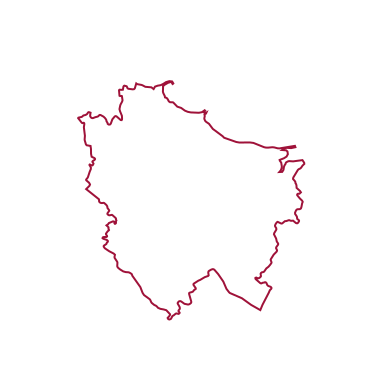 the border of Zaporizhzhya, rotated 226°
{"feature_id": "UKR-331", "entity_name": "Zaporizhzhya", "entity_type": "Region", "adm_level": 1, "iso_a3": "UKR", "parent_name": "Ukraine", "parent_adm1": "", "projection": "equal_earth", "projection_center": [35.703, 47.193], "detail": "fine", "context": "isolated", "style": "outline", "palette": "rose", "viewbox_px": 384, "rotation_deg": 226, "n_neighbors": 0, "source": "natural_earth", "source_scale": "10m", "svg_char_len": 6032}
<svg xmlns="http://www.w3.org/2000/svg" viewBox="0 0 384 384"><g transform="rotate(226 192 192)"><path d="M208.7,252.8L197.2,258.6L194.6,260.5L187.5,268.0L184.6,270.3L174.1,275.0L172.5,276.1L171.1,277.5L168.4,280.9L167.0,282.1L163.9,284.0L162.6,285.2L153.7,298.1L152.4,297.5L154.7,293.8L158.0,290.8L159.2,288.9L159.6,286.0L156.5,288.7L154.8,288.8L152.6,287.2L151.8,284.6L152.4,281.6L154.2,277.3L153.5,276.9L151.2,276.6L148.0,274.4L146.8,272.9L145.9,270.8L145.7,268.7L143.8,270.9L144.4,273.2L146.0,275.3L146.9,277.0L147.1,278.4L147.6,279.3L147.9,280.2L147.5,282.0L146.8,283.3L143.8,286.0L138.2,293.6L135.1,293.0L134.2,292.3L134.2,289.8L133.7,287.5L133.7,286.3L134.3,284.5L134.3,283.4L132.1,275.1L131.6,274.2L131.1,273.7L128.6,273.6L127.6,273.4L126.3,272.5L125.5,272.4L124.3,271.8L122.3,270.1L117.7,270.4L116.1,270.1L116.1,268.3L116.2,268.0L117.1,267.1L117.2,266.7L117.2,266.0L116.5,265.4L112.3,265.1L109.3,265.2L108.0,264.8L107.3,263.3L105.2,260.3L104.5,258.9L104.8,257.6L106.4,255.8L106.6,254.9L106.4,253.8L105.5,251.7L104.5,250.9L102.5,250.6L101.2,250.2L99.7,249.1L99.2,249.0L97.8,249.3L96.9,249.0L96.6,248.6L96.2,247.0L96.3,246.2L96.5,245.8L97.5,245.2L101.2,244.8L102.5,243.2L104.3,242.3L104.7,241.6L105.5,239.8L106.5,238.5L106.7,235.5L106.9,234.7L107.5,234.2L111.0,232.9L111.2,232.4L111.2,231.5L110.8,229.7L110.2,228.4L109.5,227.9L107.5,227.5L106.5,226.7L106.3,226.3L105.3,222.6L104.7,221.6L100.1,220.2L97.5,218.6L95.3,218.2L94.7,217.9L94.3,217.2L93.8,214.4L93.3,213.5L91.0,212.7L90.5,212.0L90.3,211.2L90.2,207.3L88.9,202.0L88.6,201.5L88.1,201.2L86.2,200.4L85.7,199.6L85.3,197.2L85.1,195.1L85.4,192.4L84.7,188.9L84.7,188.1L85.0,187.4L85.6,186.7L85.8,185.3L85.5,184.5L83.6,183.2L83.3,182.3L83.4,180.9L83.7,180.0L84.2,179.4L85.8,178.8L86.2,178.0L86.0,177.7L85.2,177.3L79.2,177.8L78.4,178.1L78.1,178.4L77.5,180.0L76.7,181.0L76.4,181.9L75.7,182.3L74.8,182.3L72.6,181.5L71.4,181.6L69.2,182.7L68.3,182.7L67.7,182.5L67.3,181.7L67.3,180.0L67.0,179.1L66.2,177.2L61.9,164.4L59.6,159.1L69.8,156.1L80.9,154.1L93.0,149.1L94.0,149.0L98.4,149.5L105.8,152.3L114.8,153.8L120.6,154.1L121.7,153.7L122.2,153.2L122.8,152.0L123.4,149.6L123.4,148.7L123.0,148.0L122.5,147.5L120.5,146.1L120.4,145.3L121.9,142.0L123.1,136.8L123.8,135.0L124.8,129.8L124.7,129.0L124.0,128.5L120.3,127.9L119.7,127.4L120.0,125.1L119.7,123.6L120.1,122.4L121.1,120.6L121.3,119.9L121.1,119.5L120.5,119.0L113.8,115.4L113.2,114.9L112.9,114.2L112.9,113.4L113.1,112.3L113.4,111.5L113.9,110.9L116.8,108.9L120.7,108.2L121.6,107.8L122.3,106.9L122.4,105.9L122.2,104.8L121.7,104.2L118.1,103.3L116.9,102.6L116.3,101.7L116.2,100.3L115.9,99.7L115.6,99.5L113.8,99.3L113.6,99.1L113.5,98.2L113.7,97.6L115.3,96.6L115.8,95.8L116.0,93.1L116.4,91.8L115.4,88.9L115.5,88.3L115.9,87.3L116.8,86.7L117.8,86.7L118.4,87.1L118.4,88.8L118.7,90.3L119.0,91.0L119.3,91.3L124.8,91.4L127.1,90.1L129.9,88.1L132.3,87.1L134.0,87.2L135.5,87.0L136.8,86.4L140.1,86.0L141.0,86.1L143.4,87.0L144.2,87.1L151.2,85.9L153.8,86.4L159.5,88.8L173.2,90.9L174.7,91.6L176.1,91.4L177.5,91.0L178.4,90.5L180.4,88.7L182.6,87.4L186.2,86.5L188.6,86.2L189.7,86.3L190.6,86.7L193.0,89.3L193.7,89.7L198.4,90.6L199.1,91.1L200.4,93.0L202.1,92.9L206.9,91.3L212.1,90.2L214.0,90.5L214.5,91.0L214.6,91.4L214.1,94.2L214.7,95.6L214.7,96.9L214.9,97.2L215.3,97.5L216.8,97.4L220.0,95.7L221.0,95.6L221.3,96.3L221.2,96.7L220.8,97.4L219.1,99.2L219.0,100.0L219.5,100.4L221.2,100.7L221.8,101.2L222.3,103.9L222.2,105.6L222.3,105.9L223.5,106.3L224.1,107.0L224.7,107.4L227.4,107.3L227.1,109.2L227.4,110.6L225.8,114.7L225.3,115.2L224.8,115.4L224.4,115.3L223.4,114.5L222.7,114.4L222.5,114.6L222.4,115.0L222.5,115.8L223.7,116.8L224.0,117.8L225.3,118.4L225.8,118.9L226.5,119.0L230.5,118.7L231.2,118.5L232.3,116.8L233.0,116.1L234.1,115.8L235.0,115.9L235.4,116.4L236.0,119.5L236.8,119.8L239.2,120.1L240.6,121.1L242.2,121.4L245.0,121.2L245.6,120.9L246.6,119.5L247.5,118.8L248.8,118.4L250.0,118.8L250.8,119.6L251.5,120.0L267.6,117.9L267.7,122.6L268.3,123.9L270.2,124.4L273.5,124.1L274.0,124.1L274.3,124.3L274.5,124.6L274.8,127.0L275.1,127.7L277.6,132.4L278.8,135.2L279.9,136.3L282.7,137.0L282.8,137.3L282.8,137.6L280.9,138.3L280.3,138.9L280.4,139.9L280.9,140.9L282.9,141.3L283.1,141.6L283.2,142.0L282.8,144.1L282.9,144.9L283.1,145.2L283.6,145.4L284.4,145.3L287.1,144.3L289.6,145.9L293.1,149.2L295.6,151.0L298.8,148.7L300.0,148.8L303.8,150.8L304.5,151.4L306.8,154.0L313.7,159.2L315.7,161.8L316.3,162.2L316.8,162.3L317.1,162.1L317.6,161.1L318.3,160.8L324.2,161.4L324.4,161.8L324.3,162.1L322.7,164.7L322.5,165.5L322.5,167.0L321.6,168.5L321.1,169.8L321.0,170.7L321.4,172.6L321.3,173.0L321.1,173.3L319.5,174.1L318.2,172.4L317.4,171.5L316.1,171.1L315.1,171.2L314.4,171.6L313.9,172.2L313.0,174.4L311.9,176.3L311.6,177.2L311.7,178.4L311.5,179.2L310.9,179.7L307.7,180.7L305.8,180.8L304.2,180.6L303.2,180.3L302.2,179.6L300.5,179.3L299.6,178.7L298.8,178.8L298.1,179.1L297.5,180.0L297.6,181.1L299.6,185.2L300.0,188.8L299.8,189.6L299.2,190.1L298.4,190.3L293.3,190.7L292.6,191.3L292.8,192.0L293.3,192.6L295.5,194.5L300.0,196.3L302.0,197.4L303.8,200.0L304.5,201.2L305.6,204.6L306.3,205.8L309.7,208.2L310.0,208.1L311.0,206.9L311.6,206.7L315.8,210.1L316.0,210.6L315.9,211.0L314.7,212.0L313.6,213.3L315.5,216.0L315.6,216.7L315.5,217.2L313.5,218.4L312.6,218.2L311.4,217.7L310.5,217.9L307.1,220.6L306.3,221.6L306.2,222.1L306.3,222.9L308.8,227.3L308.0,227.4L307.1,227.9L304.2,230.0L303.2,230.5L300.1,231.5L295.5,235.5L292.7,235.9L293.5,238.6L292.3,241.2L290.6,243.7L289.7,246.5L289.1,249.6L287.5,252.7L285.3,254.5L283.1,254.0L283.1,253.1L283.7,253.1L285.5,253.8L287.2,250.6L288.2,246.6L288.2,244.6L287.5,244.0L284.3,240.7L282.9,240.0L280.0,239.1L278.8,238.3L277.3,239.1L275.7,239.0L273.3,238.3L271.8,238.6L270.1,240.3L269.4,240.7L263.6,240.7L260.0,242.6L255.5,243.4L252.7,244.6L250.1,246.4L244.2,252.0L242.5,254.6L242.0,257.9L241.3,257.9L241.4,256.2L241.0,255.8L239.3,256.6L239.1,257.5L238.7,256.5L238.9,256.0L239.0,254.7L237.8,254.0L236.5,252.1L235.9,251.6L234.1,250.9L232.6,250.9L229.3,251.6L222.9,250.8L210.8,252.8L208.7,252.8Z" fill="none" stroke="#9f1239" stroke-width="2"/></g></svg>